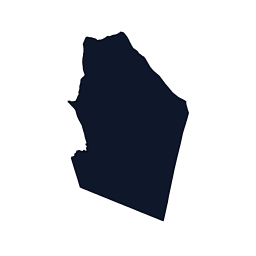 Lushoto, Tanga, United Republic of Tanzania, rotated 163°
{"feature_id": "72390352B30242417713864", "entity_name": "Lushoto", "entity_type": "district", "adm_level": 2, "iso_a3": "TZA", "parent_name": "United Republic of Tanzania", "parent_adm1": "Tanga", "projection": "natural_earth1", "projection_center": [38.469, -4.546], "detail": "fine", "context": "isolated", "style": "filled", "palette": "ink", "viewbox_px": 256, "rotation_deg": 163, "n_neighbors": 0, "source": "geoboundaries", "source_scale": "gbopen_adm2", "svg_char_len": 5275}
<svg xmlns="http://www.w3.org/2000/svg" viewBox="0 0 256 256"><g transform="rotate(163 128 128)"><path d="M65.3,136.4L66.6,137.9L67.4,138.7L71.1,142.2L73.6,145.9L75.4,148.5L78.2,155.2L79.2,157.5L79.8,158.8L81.1,162.4L81.2,162.7L81.5,163.6L83.2,168.3L84.4,170.2L85.4,171.8L86.5,173.5L87.7,175.5L89.5,179.7L91.6,188.9L91.7,189.0L91.7,189.3L91.7,189.6L91.8,189.8L92.1,190.0L92.3,190.1L92.4,190.3L92.3,190.7L92.3,190.9L92.5,191.0L92.8,191.1L92.9,191.3L92.9,191.5L92.9,191.8L93.0,191.9L93.2,192.0L93.4,191.9L93.6,191.9L93.7,192.1L93.8,192.2L93.9,192.6L94.1,192.9L94.2,193.1L94.3,193.4L94.5,193.6L94.6,193.8L94.9,193.9L95.0,194.1L95.0,194.3L95.1,194.5L95.3,194.7L95.5,194.9L95.7,195.2L95.9,195.3L96.1,195.5L96.2,195.8L96.4,196.3L96.6,197.3L96.8,198.0L97.2,198.6L97.9,199.8L98.8,200.8L99.5,201.7L100.1,202.6L100.5,203.7L100.6,204.3L100.9,205.5L101.1,206.4L101.3,207.7L101.6,209.0L101.9,210.4L101.9,211.7L102.3,213.1L102.5,214.5L103.0,215.9L103.5,217.2L104.0,218.6L104.5,219.7L104.9,220.4L106.2,221.0L106.6,221.4L106.6,221.5L106.8,221.6L107.2,221.4L107.3,221.3L107.8,221.2L108.3,221.1L108.7,221.0L109.1,220.9L109.6,220.7L110.3,220.5L110.9,220.4L111.3,220.4L111.8,220.4L112.3,220.4L113.1,220.4L113.7,220.5L114.7,220.7L116.3,220.7L117.4,220.5L118.1,220.5L118.4,220.5L118.5,220.5L119.0,220.5L119.6,220.8L119.8,220.8L120.0,220.8L120.5,221.0L120.8,221.3L121.2,221.2L121.4,221.1L121.8,221.0L122.3,220.8L122.7,220.6L123.2,220.5L123.8,220.3L124.3,220.2L124.8,220.1L125.2,220.0L125.7,220.0L126.0,219.9L126.6,219.8L127.1,219.8L127.5,219.8L128.1,219.8L128.5,219.8L128.8,219.8L129.2,220.0L129.6,220.2L130.1,220.2L130.7,220.2L131.3,220.2L131.9,220.1L132.4,221.0L133.0,222.3L133.5,222.6L134.3,223.1L135.4,223.7L135.5,223.8L136.0,224.2L136.5,224.7L137.2,225.0L138.0,225.2L138.7,225.5L139.3,225.8L139.6,226.0L139.9,226.3L140.1,226.4L140.4,226.5L140.8,226.6L141.0,226.6L141.3,226.6L142.3,225.7L142.5,225.5L143.1,224.8L143.5,224.1L143.7,223.8L144.2,223.6L144.4,223.1L145.4,221.9L145.9,221.4L146.1,220.6L146.1,219.5L146.4,218.1L146.6,216.8L147.1,215.4L147.5,213.8L148.3,212.4L148.8,211.3L149.0,210.2L149.5,209.4L150.4,207.9L151.0,206.4L151.7,204.5L152.1,203.0L152.6,199.9L153.0,198.3L153.2,197.4L153.3,196.3L153.3,196.0L153.3,195.2L153.3,194.4L153.2,193.6L153.2,192.8L153.2,192.0L153.3,191.2L153.5,190.7L153.9,190.4L154.2,190.2L154.7,189.9L155.3,189.6L155.9,189.4L156.5,189.1L157.1,188.8L157.5,188.6L157.9,188.4L158.1,188.2L158.5,187.9L158.7,187.5L158.9,187.0L159.2,186.4L159.4,185.9L159.4,185.7L159.6,185.1L159.8,184.6L160.0,184.3L160.4,184.0L160.5,183.6L160.7,183.0L161.0,182.7L161.3,182.5L161.5,182.3L161.5,182.0L161.6,181.6L161.9,181.2L162.0,180.8L162.1,180.2L162.3,179.6L162.5,179.1L162.7,178.7L163.0,178.4L163.3,177.9L163.6,177.5L163.8,177.1L164.2,176.6L164.4,176.2L164.3,175.7L164.4,175.1L164.5,174.8L164.7,174.3L164.7,174.2L164.9,174.0L164.9,173.9L165.3,173.6L165.7,173.3L166.1,173.0L166.4,172.7L166.8,172.2L167.2,171.7L167.4,171.2L167.6,171.0L168.2,170.3L168.8,169.9L169.1,169.5L169.4,168.9L169.6,168.4L169.9,168.4L170.3,168.7L170.6,168.7L171.0,168.7L171.3,168.7L171.9,168.7L172.5,168.9L172.9,168.9L173.2,169.0L173.6,169.1L174.1,169.2L174.8,169.4L175.0,169.7L175.3,170.0L175.8,170.4L176.5,170.7L176.9,170.7L177.2,170.8L177.3,170.5L176.8,169.7L176.5,169.2L176.0,168.3L175.3,166.7L175.0,166.1L174.5,165.2L173.9,164.1L173.5,163.1L173.0,162.2L172.7,161.0L172.5,160.3L172.5,159.9L172.5,159.4L172.5,158.7L172.5,157.7L172.6,157.0L172.6,156.1L172.5,155.2L172.6,154.4L172.6,153.7L172.5,153.0L172.3,152.2L172.3,151.5L172.2,150.8L172.0,149.9L172.0,149.5L171.9,149.4L171.8,149.0L171.6,148.0L171.4,146.9L171.2,145.8L170.9,144.7L170.8,143.5L170.9,142.4L170.9,141.4L170.9,140.5L170.9,139.1L171.0,137.8L170.9,136.7L170.9,135.8L171.0,134.6L171.2,133.0L171.3,131.8L171.3,130.5L171.3,128.8L171.3,126.4L171.2,125.7L171.5,124.5L171.8,124.4L172.2,124.6L172.4,124.8L172.7,124.7L172.7,124.3L172.6,123.8L172.1,123.4L171.9,123.0L172.0,122.4L172.3,121.9L172.6,121.4L173.1,121.1L173.3,120.6L173.5,120.2L173.5,119.9L173.3,119.5L173.1,118.8L173.4,118.5L173.6,118.1L173.9,117.9L174.2,117.6L174.7,117.6L175.0,118.0L175.4,118.1L175.7,117.9L175.9,117.8L176.1,118.0L176.3,118.2L176.4,118.5L176.5,119.1L176.7,119.3L176.9,119.3L177.2,119.0L177.7,118.8L178.3,118.6L178.8,118.5L179.2,118.8L179.5,119.0L179.9,119.4L180.2,119.6L180.6,119.9L180.9,120.2L181.6,120.6L182.2,120.6L182.5,120.6L183.0,120.6L183.4,120.7L183.6,120.6L183.6,120.2L183.9,119.8L184.3,119.7L184.6,119.1L185.0,118.9L185.2,118.7L185.5,118.7L185.9,118.7L186.3,118.4L186.5,118.0L186.5,117.5L186.4,117.0L186.6,116.9L187.4,116.6L187.8,116.3L188.1,116.0L188.4,116.2L188.7,116.3L188.9,116.1L189.4,116.3L189.8,116.3L190.0,116.4L190.3,116.1L190.7,115.7L190.7,105.1L190.6,94.1L190.7,85.6L189.8,84.8L189.5,84.5L160.1,60.6L151.9,54.0L141.2,45.3L140.3,44.5L138.4,43.0L131.1,37.1L126.1,33.1L122.5,30.1L121.4,29.4L114.6,41.5L113.0,44.3L112.7,44.8L112.2,45.7L109.4,51.3L109.3,51.5L108.1,53.6L107.5,54.7L106.4,56.7L103.9,61.2L102.2,64.3L100.0,68.2L98.5,71.0L96.2,75.2L89.3,87.1L83.0,97.6L80.3,102.4L77.7,107.1L74.9,111.3L72.0,115.5L69.3,119.6L67.6,122.3L66.2,124.5L66.0,125.1L66.0,126.0L66.1,127.0L66.1,129.5L66.0,130.5L66.0,131.8L66.0,132.8L65.9,134.0L65.8,134.5L65.7,135.0L65.5,135.6L65.3,136.2L65.3,136.3L65.3,136.4Z" fill="#0f172a" stroke="#020617" stroke-width="1.5"/></g></svg>